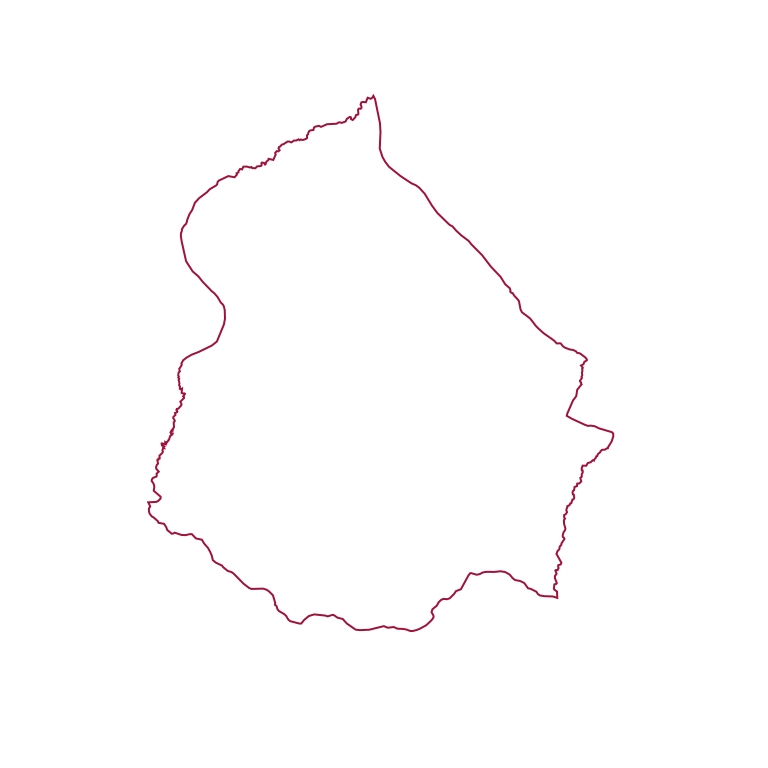 outline of Tunduru, Ruvuma, United Republic of Tanzania, rotated 26°
{"feature_id": "72390352B58168894275482", "entity_name": "Tunduru", "entity_type": "district", "adm_level": 2, "iso_a3": "TZA", "parent_name": "United Republic of Tanzania", "parent_adm1": "Ruvuma", "projection": "albers", "projection_center": [37.262, -10.895], "detail": "fine", "context": "isolated", "style": "outline", "palette": "rose", "viewbox_px": 768, "rotation_deg": 26, "n_neighbors": 0, "source": "geoboundaries", "source_scale": "gbopen_adm2", "svg_char_len": 6165}
<svg xmlns="http://www.w3.org/2000/svg" viewBox="0 0 768 768"><g transform="rotate(26 384 384)"><path d="M248.1,129.7L248.0,131.9L247.0,133.5L243.8,133.9L244.2,138.7L241.3,139.8L240.2,140.8L240.4,143.0L242.1,144.5L242.7,145.8L242.4,146.8L240.7,147.5L240.5,148.1L240.5,149.0L242.6,152.5L242.5,153.3L241.0,154.4L241.2,157.0L240.2,160.4L238.3,160.4L237.3,158.8L236.1,159.0L234.4,162.0L234.4,164.9L231.5,167.9L230.0,168.0L228.6,168.8L227.2,170.9L218.9,175.5L214.7,180.5L212.3,180.5L209.1,183.1L208.7,184.4L209.2,186.6L206.5,188.5L206.0,189.3L205.8,191.3L206.3,192.8L205.8,194.2L207.0,196.7L206.1,198.3L203.9,200.4L201.8,200.8L201.2,201.9L199.9,201.6L198.3,203.7L196.3,204.7L194.9,207.4L192.4,207.7L191.0,208.4L188.7,212.3L187.2,213.7L186.6,216.0L185.7,217.1L185.9,218.5L187.7,219.6L187.1,221.2L185.4,221.8L184.9,224.1L186.0,225.1L186.3,231.1L181.6,232.2L181.9,233.4L180.8,235.9L181.2,238.4L180.9,238.9L179.3,237.9L177.3,238.4L177.0,239.2L178.1,241.0L177.8,242.0L174.5,244.1L173.8,246.5L170.8,247.7L169.7,247.1L168.6,248.2L165.5,248.7L162.3,250.3L162.4,253.3L160.4,253.8L159.9,256.4L160.4,257.6L159.1,259.3L160.0,260.3L159.0,263.7L152.9,265.4L146.3,273.7L145.9,275.4L146.5,277.8L146.1,279.1L142.0,285.3L140.8,289.2L136.4,297.9L134.6,304.0L135.3,311.7L134.7,316.7L135.2,322.9L135.8,325.0L135.8,327.3L135.0,329.1L134.5,333.2L135.4,335.9L135.3,336.9L136.4,339.8L139.6,344.5L152.3,360.4L162.7,366.7L170.1,368.7L176.4,371.7L188.8,376.2L191.7,376.8L196.3,378.8L201.7,382.4L204.3,383.2L206.0,384.4L208.4,387.3L212.4,394.9L214.0,400.6L215.2,419.1L212.4,424.9L203.6,436.2L198.1,442.2L194.9,447.0L193.1,450.7L192.9,454.4L193.6,455.0L193.9,456.2L193.3,460.2L195.0,462.2L194.3,463.6L195.3,466.5L196.3,467.2L196.2,468.3L197.7,469.1L197.5,470.2L199.8,472.9L200.3,474.8L201.8,475.8L202.6,477.9L203.5,477.9L204.5,476.6L206.0,480.7L206.9,480.8L208.8,479.9L209.5,480.2L208.9,483.2L210.0,483.5L210.4,484.3L208.7,489.2L210.8,490.8L211.1,491.9L210.0,496.3L208.7,497.2L208.8,498.4L210.2,499.1L210.4,500.0L208.9,501.7L210.1,503.2L209.1,506.0L209.6,507.1L212.0,508.6L212.2,509.5L211.8,510.7L214.2,514.9L213.8,517.2L214.3,517.6L213.5,518.6L214.3,519.1L213.3,520.2L213.4,521.3L214.1,521.6L215.8,521.1L215.8,522.2L214.9,522.6L215.3,523.3L214.6,524.5L215.2,528.5L214.8,529.0L214.8,530.4L214.3,531.2L214.4,532.2L213.0,532.1L214.3,533.9L213.7,534.1L212.9,533.5L212.5,534.5L210.5,534.6L210.2,535.0L211.4,536.6L213.6,536.5L213.2,537.1L214.6,538.1L213.5,538.5L214.0,540.9L214.9,541.7L215.0,543.1L213.6,546.8L215.0,549.2L214.0,549.9L214.5,550.7L213.6,551.7L215.8,554.6L215.3,556.2L215.6,558.8L216.6,560.1L220.0,561.5L218.9,564.3L220.0,566.1L220.0,567.0L217.6,569.6L217.2,571.3L217.6,572.9L220.4,574.5L221.9,576.0L222.8,577.4L223.8,580.9L232.6,583.2L233.4,584.9L232.3,588.1L231.0,589.8L224.0,593.7L227.5,596.5L227.3,599.0L228.4,601.2L230.2,603.3L233.3,604.8L235.3,604.9L240.8,606.4L242.2,607.6L247.6,606.1L251.0,608.1L253.1,610.2L258.8,611.6L259.9,611.0L261.0,609.4L268.3,608.4L271.6,607.0L275.3,604.1L277.1,603.2L282.6,605.2L288.6,603.8L292.2,606.2L297.7,608.5L301.6,611.3L304.5,613.8L307.4,617.4L311.3,618.3L318.2,618.2L319.5,619.1L325.6,620.5L329.3,619.9L331.9,620.3L345.1,625.0L352.2,626.5L354.7,626.3L365.1,620.9L368.3,620.4L371.2,620.7L376.8,622.6L382.3,628.6L382.7,630.2L384.6,630.6L387.0,633.1L389.0,634.1L395.4,634.6L397.6,635.3L401.3,637.7L403.5,638.3L413.0,636.4L414.6,635.6L415.7,631.0L418.1,625.6L420.7,623.1L422.6,621.5L424.1,621.0L432.7,617.9L435.3,617.5L438.8,614.2L440.1,613.7L444.7,614.4L449.9,613.3L455.7,615.6L466.2,617.2L470.2,615.8L478.5,611.3L490.0,601.7L494.3,601.4L499.2,598.2L503.4,598.0L508.7,595.7L512.0,594.8L515.7,594.5L518.0,593.5L520.7,591.2L523.1,588.8L527.7,582.3L529.9,576.5L530.7,573.7L530.7,571.6L529.9,570.4L526.7,568.2L526.3,565.1L528.6,560.2L528.8,556.1L530.0,553.0L531.6,551.1L535.2,549.7L537.0,547.8L539.0,542.1L539.5,538.6L543.1,534.7L543.8,519.2L544.4,516.3L545.2,515.8L550.9,514.8L553.3,513.0L555.4,510.1L558.1,508.1L565.4,504.6L570.9,501.2L575.3,499.9L580.5,500.2L585.0,502.2L587.8,502.7L592.7,501.4L597.3,501.4L603.1,504.5L605.5,503.8L612.0,503.9L614.4,505.3L616.8,505.7L621.2,504.4L629.0,500.9L633.5,500.3L630.5,494.7L627.1,494.1L626.4,493.5L625.0,489.4L626.5,488.1L626.6,487.2L622.5,483.3L621.8,481.4L622.3,478.9L619.8,476.5L620.1,475.8L621.6,475.2L621.6,472.9L620.4,471.6L620.1,470.4L621.9,468.7L621.8,466.9L613.5,461.1L613.2,458.1L614.0,455.7L613.2,453.0L613.9,451.1L613.4,449.4L614.1,444.1L613.1,443.3L611.7,443.0L610.9,441.5L610.4,438.5L610.8,436.1L610.4,434.3L607.2,430.8L605.4,427.6L605.7,425.6L604.6,425.1L603.3,423.0L604.4,421.3L604.7,418.9L603.3,417.7L602.8,416.0L602.8,414.2L602.3,413.5L603.8,411.7L603.8,409.6L604.6,409.1L604.0,405.3L604.9,404.6L604.8,402.7L603.0,400.2L602.1,400.4L600.9,398.6L600.7,397.5L601.4,396.1L600.4,393.0L602.2,391.2L601.3,388.8L603.1,387.8L604.0,385.1L601.6,382.4L602.4,380.7L601.3,378.5L601.4,376.5L600.5,374.7L599.7,374.9L598.7,373.3L598.3,370.3L601.6,368.8L601.8,365.7L604.0,363.8L605.1,361.0L606.3,360.8L606.1,359.6L606.7,357.4L606.5,355.9L607.2,355.3L607.0,353.3L608.2,350.6L608.1,349.3L608.8,347.6L611.5,346.0L612.3,344.4L613.4,343.6L613.1,342.7L613.8,335.7L613.0,330.5L611.7,328.0L609.8,327.4L596.7,329.6L591.8,329.6L588.0,330.8L585.8,332.2L582.6,332.6L568.3,332.9L562.2,332.5L561.7,330.3L561.1,316.0L562.1,310.6L560.2,304.5L561.7,297.7L561.2,297.6L560.4,296.2L559.1,295.8L558.7,295.2L559.3,291.9L558.4,291.1L558.4,289.3L557.0,287.1L556.4,284.7L555.4,283.5L555.6,282.3L553.0,281.0L554.6,278.9L554.4,276.2L555.6,274.4L555.9,273.5L555.5,273.0L553.4,271.9L546.8,270.6L543.8,271.3L542.3,270.5L539.1,270.5L535.5,271.6L530.8,272.0L528.3,271.7L525.5,270.2L524.5,270.2L521.5,271.8L517.7,270.4L505.3,268.4L498.6,266.5L495.2,265.3L486.5,261.0L476.6,259.1L474.1,257.2L469.0,250.4L466.8,249.2L462.7,247.7L459.7,245.9L458.4,246.2L456.9,245.6L456.7,244.5L455.1,242.8L449.4,241.3L441.8,236.6L428.5,231.6L415.7,225.2L401.3,220.2L397.4,218.3L388.1,216.5L381.6,214.5L376.4,212.3L373.1,212.2L357.0,206.9L349.0,202.7L337.1,195.1L329.5,192.1L325.3,191.4L320.8,191.6L307.9,189.9L293.3,186.6L287.6,183.7L283.2,180.7L277.0,174.3L270.4,159.1L266.0,151.3L251.0,131.8L248.1,129.7Z" fill="none" stroke="#9f1239" stroke-width="2"/></g></svg>